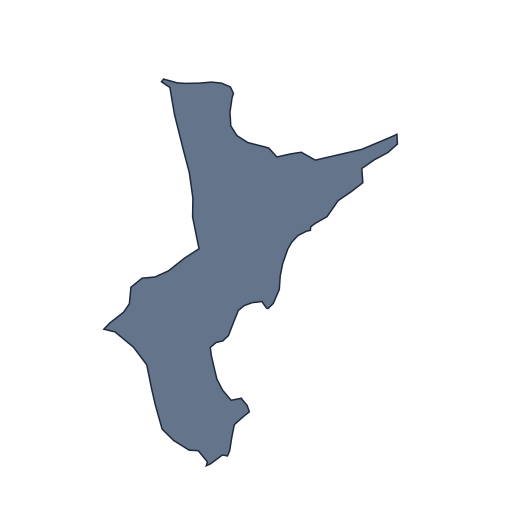 SVG path tracing the border of Drugovo, rotated 77°
{"feature_id": "MKD-2953", "entity_name": "Drugovo", "entity_type": "Statistical Region", "adm_level": 1, "iso_a3": "MKD", "parent_name": "North Macedonia", "parent_adm1": "", "projection": "orthographic", "projection_center": [20.913, 41.469], "detail": "fine", "context": "isolated", "style": "filled", "palette": "slate", "viewbox_px": 512, "rotation_deg": 77, "n_neighbors": 0, "source": "natural_earth", "source_scale": "10m", "svg_char_len": 1354}
<svg xmlns="http://www.w3.org/2000/svg" viewBox="0 0 512 512"><g transform="rotate(77 256 256)"><path d="M169.1,91.3L178.7,93.0L184.9,104.3L188.8,118.8L194.5,133.2L208.6,135.4L214.9,149.1L220.5,163.5L233.6,177.9L237.5,190.8L239.8,196.1L243.2,197.2L243.2,201.4L245.5,210.5L250.6,218.1L256.3,223.4L269.4,231.7L281.2,237.0L293.8,240.8L306.2,249.9L309.9,256.2L309.1,257.5L301.7,260.5L300.6,270.4L301.7,278.7L305.1,285.5L318.2,294.6L327.3,300.7L331.3,307.5L331.3,314.3L334.8,321.1L342.7,321.9L356.9,321.9L367.1,321.8L379.1,318.8L391.0,312.7L391.3,302.1L392.1,302.1L399.5,298.3L406.3,297.5L409.2,303.6L415.4,315.0L426.8,320.2L439.9,325.5L444.4,328.8L442.3,333.5L448.2,346.8L449.2,351.6L445.6,349.7L432.7,356.1L430.2,364.8L417.3,377.7L403.6,386.4L378.4,387.6L361.3,387.6L337.5,386.9L317.3,395.9L298.3,410.4L293.1,420.7L288.4,413.6L281.0,397.7L274.2,390.2L258.3,384.9L252.0,372.0L253.7,359.1L250.8,344.7L241.8,325.7L236.1,309.8L232.1,309.8L203.7,309.0L185.5,304.5L159.4,302.2L137.8,302.9L99.7,303.6L72.4,302.0L65.0,308.9L62.8,306.3L69.6,293.7L71.9,286.1L74.8,272.4L76.5,260.3L79.9,250.5L85.6,242.9L92.5,241.4L96.4,243.7L100.5,245.3L110.0,249.0L123.6,251.3L134.4,247.5L143.6,238.5L153.6,219.3L164.2,213.4L164.3,199.2L165.1,188.5L175.9,176.7L175.9,162.5L175.9,150.6L175.9,129.3L170.6,98.5L169.1,91.3Z" fill="#64748b" stroke="#1e293b" stroke-width="1.5"/></g></svg>